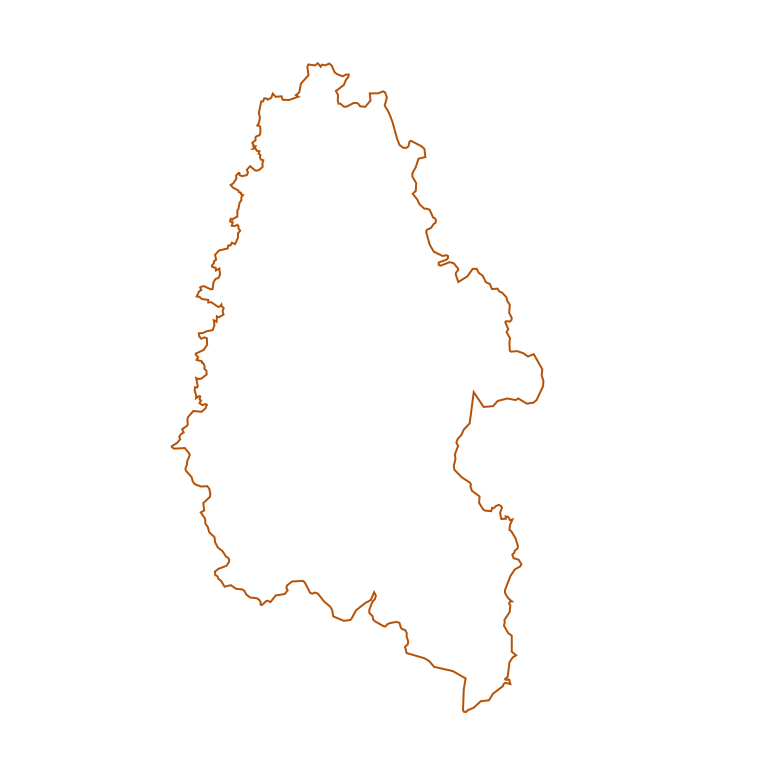 the district of Ivohibe, Ihorombe, Madagascar, rotated 196°
{"feature_id": "10022922B57896428715958", "entity_name": "Ivohibe", "entity_type": "district", "adm_level": 2, "iso_a3": "MDG", "parent_name": "Madagascar", "parent_adm1": "Ihorombe", "projection": "mercator", "projection_center": [46.923, -22.545], "detail": "fine", "context": "isolated", "style": "outline", "palette": "amber", "viewbox_px": 768, "rotation_deg": 196, "n_neighbors": 0, "source": "geoboundaries", "source_scale": "gbopen_adm2", "svg_char_len": 6149}
<svg xmlns="http://www.w3.org/2000/svg" viewBox="0 0 768 768"><g transform="rotate(196 384 384)"><path d="M193.9,116.3L186.5,126.2L186.4,128.3L185.1,130.2L179.8,130.4L182.2,134.3L185.6,133.2L186.3,133.8L184.4,136.7L186.7,151.2L184.9,156.7L182.2,159.6L187.4,161.9L191.8,177.2L196.1,178.9L202.1,184.8L202.2,188.2L203.2,190.2L200.4,199.4L201.5,205.9L203.3,207.5L202.8,209.7L201.1,210.3L205.0,212.0L208.0,214.4L210.2,216.7L210.9,219.3L209.5,234.5L207.1,241.8L202.7,246.3L202.2,248.7L206.2,252.2L211.4,252.3L213.6,255.3L212.3,257.5L212.4,259.6L210.4,262.7L210.4,264.7L215.2,272.2L221.3,277.7L223.2,278.3L224.0,283.1L223.2,289.2L225.3,287.8L227.9,290.4L230.6,290.2L229.7,288.1L234.0,286.6L236.9,292.0L236.5,297.6L237.7,298.9L240.3,299.5L242.7,297.6L244.4,294.8L246.0,294.7L245.9,291.3L251.6,290.2L254.0,290.7L259.9,296.0L261.1,302.2L270.2,305.7L272.6,309.3L272.9,311.6L274.3,312.9L283.4,315.7L292.5,320.8L294.3,324.1L294.6,331.6L296.5,335.7L295.7,344.9L298.3,347.6L298.0,351.6L295.5,356.5L294.8,362.0L290.8,369.8L295.5,400.9L281.9,389.4L273.0,392.8L270.1,399.0L261.6,404.0L253.0,404.9L250.9,407.1L241.2,404.5L235.2,407.3L232.9,410.7L230.5,425.7L231.6,430.9L234.8,435.7L235.9,441.8L248.3,454.0L253.2,450.1L258.5,452.0L265.0,452.3L270.9,450.1L272.2,450.7L274.7,457.8L275.5,462.7L280.5,467.7L279.7,471.1L284.4,476.7L284.1,477.9L280.1,478.8L279.1,481.0L279.4,482.7L283.3,486.9L284.8,494.6L288.6,498.1L290.2,501.1L295.3,504.2L298.9,504.8L301.0,507.0L306.4,505.0L309.7,509.2L314.2,510.0L318.8,515.2L323.6,517.0L326.7,520.3L330.5,519.1L333.5,510.5L340.7,502.5L345.3,509.2L345.5,510.9L344.1,514.0L344.6,515.3L350.3,519.3L354.5,519.2L362.3,513.3L364.3,513.6L364.9,515.8L358.0,520.9L357.2,522.8L357.7,524.6L359.5,525.0L363.1,523.2L372.7,525.0L378.4,530.4L385.4,541.8L385.3,544.0L381.7,547.2L380.6,551.0L378.9,553.2L379.2,555.8L380.9,557.4L382.7,557.6L388.0,563.9L390.1,564.4L393.6,563.7L399.4,566.5L403.1,570.7L408.8,574.7L406.7,578.5L408.4,585.9L413.9,591.2L414.8,594.3L413.2,601.3L413.0,610.0L406.8,613.6L410.0,621.2L414.0,623.0L425.2,625.2L426.3,623.8L426.0,619.2L427.6,617.1L430.9,616.4L435.0,618.1L438.5,622.6L448.4,638.7L454.2,646.2L460.1,651.9L460.2,660.1L463.1,664.4L465.4,665.1L469.8,661.8L477.8,659.4L475.1,652.8L478.4,645.3L483.4,644.4L486.6,646.6L489.0,646.3L490.7,645.7L496.2,640.5L498.8,639.5L503.2,641.4L505.0,640.9L506.5,643.4L507.8,649.1L511.0,652.4L505.0,660.4L504.5,665.4L502.9,669.6L503.3,671.8L505.9,670.9L508.6,668.3L515.3,669.1L517.7,670.3L521.9,675.5L524.9,677.0L528.2,674.2L531.8,673.8L532.3,671.5L536.0,674.1L538.2,671.2L544.8,670.3L545.1,667.8L541.7,660.0L546.6,649.9L545.9,640.9L548.3,637.4L545.5,636.6L553.4,630.9L559.7,629.3L561.8,632.3L567.3,630.2L570.9,632.5L571.3,627.9L574.2,625.2L575.6,626.1L577.8,625.6L578.2,622.3L579.9,621.7L579.0,610.0L576.6,605.8L576.2,600.3L577.0,597.6L574.9,597.8L573.8,596.9L572.1,591.8L572.2,588.8L574.9,587.0L575.5,585.2L574.6,582.7L576.9,580.1L576.9,579.1L575.7,578.4L575.4,576.9L573.1,577.1L574.7,574.1L572.6,575.1L570.4,573.1L567.9,573.4L568.1,570.8L566.0,570.2L565.7,567.7L564.3,565.8L561.7,565.8L561.7,562.6L560.5,559.2L563.1,555.3L565.1,554.0L566.8,553.8L572.7,556.5L574.9,552.0L573.0,549.7L573.5,546.9L577.9,544.6L580.4,545.1L581.2,547.0L581.9,546.9L583.6,543.7L582.5,540.8L584.2,535.3L586.3,533.0L583.0,531.0L577.3,529.9L576.5,528.4L574.3,528.5L574.0,527.2L571.6,526.8L572.6,524.6L571.8,521.3L572.8,518.4L572.2,512.0L572.8,510.6L571.1,504.4L574.4,501.5L575.1,500.0L576.8,500.6L577.0,498.6L576.3,497.6L573.9,497.7L574.0,494.2L571.1,494.6L568.8,496.6L567.3,495.4L566.9,493.5L564.5,491.7L565.9,488.5L564.7,484.6L565.7,477.5L569.2,477.9L569.7,474.9L571.9,474.3L571.6,471.2L579.5,466.8L582.0,461.5L579.6,457.2L581.3,455.0L580.8,453.4L582.0,450.7L581.6,449.3L577.9,449.3L576.9,446.8L574.1,449.6L571.8,444.3L572.3,440.4L575.0,438.4L575.9,434.8L575.0,428.0L576.7,427.3L584.3,428.4L586.7,426.9L587.4,426.2L585.5,424.0L587.3,422.0L588.2,416.5L585.5,416.9L582.6,415.5L576.1,416.4L575.4,413.9L572.8,415.0L564.5,412.4L563.2,413.2L562.2,415.6L561.4,414.0L559.0,412.7L559.2,409.5L557.4,406.4L561.2,402.6L563.3,403.0L562.1,397.7L565.2,398.3L563.2,393.9L563.5,388.7L569.8,385.3L572.0,383.1L576.0,381.7L574.6,378.7L572.0,377.2L569.3,379.4L566.9,379.1L564.8,372.9L566.8,367.0L573.3,361.3L573.1,360.3L570.1,358.5L570.8,355.5L565.4,355.6L564.7,354.1L563.5,354.2L561.3,351.6L560.9,349.2L558.4,347.8L557.1,344.3L561.1,338.8L563.7,337.6L566.2,337.9L562.4,330.6L562.7,329.1L564.7,328.9L564.3,325.8L561.2,320.8L560.8,318.5L558.4,321.4L557.3,321.4L557.0,318.3L555.3,317.7L556.1,314.8L552.9,313.6L550.0,315.5L548.6,315.3L548.9,311.3L551.7,307.0L559.8,305.5L563.1,298.5L563.3,295.9L561.5,291.2L561.7,289.7L565.6,284.9L563.2,282.1L565.3,280.0L566.3,277.0L564.7,274.7L566.8,270.1L570.8,265.9L570.5,264.8L567.9,264.0L557.9,267.5L552.1,263.6L551.1,262.0L551.9,255.6L551.2,252.2L551.6,248.3L550.7,246.2L543.2,241.4L541.0,237.6L538.1,235.5L531.6,235.0L525.7,237.1L523.0,235.0L520.6,230.4L520.2,227.5L524.9,219.7L522.0,212.8L524.8,210.1L518.9,205.3L517.1,200.4L513.9,197.9L511.1,193.3L504.7,190.0L502.9,185.6L498.8,181.1L493.1,178.8L488.4,174.6L486.0,174.0L484.4,172.5L483.9,170.3L485.3,165.9L492.4,160.5L494.8,157.0L493.5,153.8L491.0,153.2L489.4,151.0L486.6,150.0L481.3,145.2L475.8,148.4L469.8,146.4L463.4,147.5L461.0,146.5L458.4,143.7L454.0,141.9L447.1,143.0L444.4,142.1L442.5,140.4L441.9,138.0L440.5,137.8L437.4,142.8L436.1,143.6L433.0,143.1L429.9,150.8L421.5,154.8L419.7,159.1L421.5,160.8L421.8,163.4L418.0,168.8L407.7,172.4L405.4,171.4L397.5,162.9L395.0,162.7L392.9,164.5L389.6,164.2L382.1,158.7L374.1,155.0L371.4,152.2L368.7,146.6L357.3,145.3L351.4,147.8L350.6,149.2L348.5,158.8L341.7,168.2L337.2,172.6L336.1,181.1L333.4,178.1L333.5,174.5L334.9,172.1L335.4,168.7L335.9,162.9L335.0,159.9L330.8,157.5L329.5,154.6L327.0,153.3L317.2,151.0L315.8,151.3L314.6,153.9L312.4,155.8L306.6,158.7L303.4,158.7L300.4,154.2L298.7,153.3L296.0,153.4L293.5,150.9L292.6,147.4L289.8,143.3L289.4,140.4L291.3,137.1L288.1,131.6L269.5,131.5L264.0,130.0L257.9,125.9L238.9,127.0L224.4,123.5L223.1,112.2L218.2,92.4L216.9,91.0L214.8,91.2L213.5,93.6L208.6,97.5L203.5,105.8L195.9,108.9L193.9,116.3Z" fill="none" stroke="#b45309" stroke-width="2"/></g></svg>